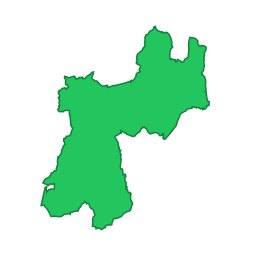 the district of Cobh Lea-6, Cork, Ireland, rotated 277°
{"feature_id": "5873133B90074174000916", "entity_name": "Cobh Lea-6", "entity_type": "district", "adm_level": 2, "iso_a3": "IRL", "parent_name": "Ireland", "parent_adm1": "Cork", "projection": "natural_earth1", "projection_center": [-8.365, 51.953], "detail": "fine", "context": "isolated", "style": "filled", "palette": "green", "viewbox_px": 256, "rotation_deg": 277, "n_neighbors": 0, "source": "geoboundaries", "source_scale": "gbopen_adm2", "svg_char_len": 5816}
<svg xmlns="http://www.w3.org/2000/svg" viewBox="0 0 256 256"><g transform="rotate(277 128 128)"><path d="M155.4,189.1L156.9,189.1L156.7,190.8L156.8,192.2L156.5,193.0L156.6,193.5L156.4,193.6L156.8,194.2L156.7,196.0L155.8,197.5L156.2,199.1L156.7,199.7L156.0,199.8L156.9,200.3L156.2,200.2L156.4,200.5L156.1,200.7L156.3,200.9L156.0,201.0L155.9,201.6L157.0,202.9L156.5,203.1L157.1,202.9L158.6,203.7L159.3,203.2L159.6,203.3L160.1,204.3L159.9,204.9L160.3,205.6L160.6,205.8L161.5,205.5L163.9,205.5L164.6,203.7L168.0,202.4L172.7,201.4L174.1,200.7L174.4,200.7L174.3,200.9L174.7,200.8L174.5,200.5L175.1,200.8L176.0,200.7L180.0,199.6L181.9,199.6L182.0,199.9L182.0,199.6L182.3,199.5L182.9,199.7L185.6,198.9L188.1,197.8L188.6,196.9L189.8,195.8L189.6,195.8L189.7,195.1L190.5,194.5L192.0,194.4L192.4,194.6L192.8,195.4L195.0,196.0L196.2,195.8L199.0,196.3L202.4,195.2L204.9,195.3L205.7,195.0L209.5,194.9L212.5,194.9L215.4,195.9L217.7,195.6L218.4,194.4L218.9,193.2L218.6,192.0L218.9,190.7L218.1,189.7L218.1,188.7L218.7,188.4L219.7,187.4L221.3,186.7L222.6,186.9L224.3,185.1L225.3,183.2L225.5,178.4L221.6,177.9L219.1,177.9L212.3,178.9L205.5,179.0L203.1,176.0L201.2,175.5L200.3,174.8L200.0,174.0L200.2,172.9L201.0,172.0L201.2,171.0L202.1,168.9L202.0,168.5L200.0,168.6L199.4,167.5L199.8,167.0L201.5,166.6L201.5,164.9L201.9,162.8L201.4,162.7L201.1,161.7L201.5,161.5L204.5,160.7L209.0,160.4L211.5,160.8L213.6,162.5L214.5,162.2L215.2,161.2L218.4,161.2L222.8,159.4L226.3,157.0L226.9,155.9L227.5,155.5L227.5,153.6L227.0,153.4L227.0,152.9L226.3,151.7L226.4,151.2L227.2,151.2L227.7,150.5L227.2,149.1L227.5,149.0L227.7,147.7L228.0,147.1L227.9,146.0L229.4,144.3L231.0,143.2L230.8,142.9L231.4,142.1L231.9,142.3L231.4,141.4L229.1,141.2L227.3,139.0L227.0,138.1L223.9,136.5L223.0,135.7L222.8,134.7L220.7,133.9L219.7,133.8L216.9,134.3L214.5,134.0L213.3,134.6L211.5,134.7L210.6,134.4L209.9,133.7L208.5,133.0L206.9,132.7L205.8,131.8L205.2,130.7L204.2,130.3L203.0,128.9L202.0,128.3L199.6,128.0L197.2,128.2L196.7,129.1L194.4,128.3L193.6,128.4L193.8,128.9L193.2,128.9L193.2,129.4L192.4,129.5L191.7,132.0L191.0,132.9L189.4,132.8L188.7,132.3L187.3,132.0L185.4,133.1L184.9,132.8L184.5,131.2L182.8,129.7L179.8,129.5L176.7,128.1L175.4,126.5L174.0,125.4L175.4,125.2L174.4,124.1L171.6,117.9L168.8,110.7L168.3,108.2L165.8,103.2L165.9,102.7L167.9,102.5L166.4,97.7L168.0,94.6L169.6,93.0L169.3,92.4L170.8,91.6L170.8,90.4L170.5,89.2L171.5,88.4L172.2,86.5L172.8,85.9L174.1,85.9L176.7,86.8L179.5,86.9L178.9,85.7L176.0,83.1L174.5,81.1L171.7,79.1L171.8,78.5L171.5,77.0L172.9,76.7L172.4,75.7L172.5,74.9L172.1,74.0L172.2,73.2L171.2,73.1L170.8,71.1L170.3,70.4L172.4,69.1L172.6,68.8L172.5,68.3L172.8,68.1L172.2,66.4L171.6,65.7L171.6,65.1L170.8,63.7L170.7,62.1L171.5,60.9L171.2,60.2L171.6,58.9L170.3,58.7L169.7,59.3L169.3,59.3L168.8,60.2L165.3,60.4L163.6,60.8L163.1,61.9L163.5,62.6L161.8,63.5L161.6,63.8L160.6,63.5L160.1,62.3L159.0,61.7L160.1,60.7L160.2,60.2L159.1,57.8L156.5,55.5L155.8,55.3L156.3,54.8L156.2,54.5L153.8,54.8L152.0,56.1L151.0,56.4L150.5,56.2L150.1,55.3L149.6,55.1L149.2,55.9L147.4,56.2L146.9,57.0L144.7,56.3L142.2,57.5L141.9,57.4L141.6,56.6L139.3,57.2L138.7,56.3L136.9,56.4L136.4,56.8L136.4,57.7L135.8,58.3L136.2,59.7L136.2,61.6L137.6,62.6L137.5,63.3L138.1,65.0L138.3,67.7L137.6,67.6L136.8,68.0L136.0,67.8L134.6,68.2L134.7,68.5L133.1,68.6L132.9,69.2L132.5,69.3L132.2,69.1L126.5,70.5L123.6,70.9L121.3,72.8L121.2,73.2L116.8,72.1L114.8,72.1L114.3,71.7L112.7,70.0L112.2,67.7L111.7,67.8L109.9,67.0L109.6,66.2L109.9,65.9L109.5,65.6L107.2,65.7L105.8,66.9L104.0,67.2L101.4,65.7L99.6,65.8L99.0,65.2L97.5,64.8L94.9,65.0L91.4,63.0L90.4,62.8L90.7,62.0L85.8,62.0L83.6,62.7L79.1,61.8L77.0,61.9L76.5,61.3L76.6,60.2L74.7,59.3L73.9,57.2L71.7,57.0L71.4,56.4L70.1,56.2L66.9,51.7L63.2,50.2L61.2,56.2L63.1,57.5L62.9,57.9L63.0,59.4L62.8,60.0L63.1,60.0L63.8,61.4L63.4,61.8L60.4,62.2L58.0,62.0L58.2,59.1L57.9,58.9L57.2,57.0L54.5,55.1L57.1,54.4L59.6,54.5L59.3,54.2L59.4,53.7L58.2,53.2L58.4,53.0L40.5,51.2L41.2,54.1L40.4,54.6L37.0,58.3L30.8,62.4L31.6,66.9L31.6,71.1L32.4,73.1L34.7,75.5L35.5,78.8L35.6,80.1L35.3,81.2L36.6,80.7L37.3,81.9L37.7,83.0L38.5,84.4L39.4,87.1L39.3,88.4L42.2,89.3L43.4,89.8L43.6,90.4L47.0,91.6L47.8,93.1L48.1,93.1L48.9,94.1L49.9,94.4L49.0,95.4L47.6,96.2L48.1,96.6L48.4,97.5L48.0,98.3L44.6,100.0L43.6,101.1L43.0,102.7L41.9,103.9L37.3,105.8L35.2,104.3L33.9,104.1L26.1,104.7L26.2,106.3L25.8,107.7L24.1,108.6L25.3,109.8L24.9,110.3L25.0,111.5L24.2,114.0L24.2,114.7L25.9,116.2L26.4,117.7L27.2,117.4L28.6,118.3L29.2,119.6L29.4,121.6L30.0,123.7L32.1,123.7L36.3,124.7L36.6,126.7L37.5,129.1L39.4,132.1L42.5,134.1L44.5,136.8L45.7,139.3L46.6,140.3L49.5,141.0L51.6,141.1L52.8,141.8L54.2,141.5L55.8,140.6L56.6,139.6L57.4,139.4L61.0,138.8L63.0,139.1L63.3,138.8L63.1,138.7L63.2,138.1L64.3,137.8L63.8,136.2L67.1,134.7L66.7,133.8L68.9,133.0L69.1,134.2L71.5,133.0L72.6,132.7L73.6,132.9L74.8,131.7L76.2,131.2L79.3,131.2L79.4,131.7L81.3,131.3L81.9,130.7L80.9,128.9L86.6,127.5L86.4,125.8L88.6,125.0L96.1,125.1L96.9,124.3L99.3,124.3L100.2,123.8L100.7,124.4L103.1,122.8L104.8,123.4L104.6,122.9L106.3,121.6L107.2,122.0L108.2,121.0L112.1,120.1L114.9,118.1L117.1,115.9L118.1,116.2L121.6,120.9L122.2,122.1L122.4,122.1L122.5,121.2L124.4,121.4L124.1,121.7L123.6,123.8L122.6,125.9L122.8,126.4L122.2,126.7L121.5,127.9L121.1,130.6L120.2,132.9L120.2,133.8L120.8,135.7L123.1,137.2L125.1,139.3L125.5,140.1L128.4,141.1L129.3,141.6L130.0,142.6L130.4,142.5L130.2,142.9L130.8,143.9L130.3,144.0L130.1,145.2L129.6,146.1L125.9,148.8L125.0,150.3L125.0,151.4L125.2,151.8L125.5,151.8L125.7,152.9L126.4,154.1L126.9,156.6L126.4,158.4L124.2,160.7L124.7,161.8L124.7,162.4L126.6,163.0L126.6,163.8L123.0,164.4L123.1,164.0L122.5,163.7L121.8,164.2L121.2,166.0L127.8,170.5L136.4,175.6L141.3,176.4L147.7,178.2L149.3,179.2L152.1,183.3L154.2,184.8L155.4,189.1Z" fill="#22c55e" stroke="#15803d" stroke-width="1.5"/></g></svg>